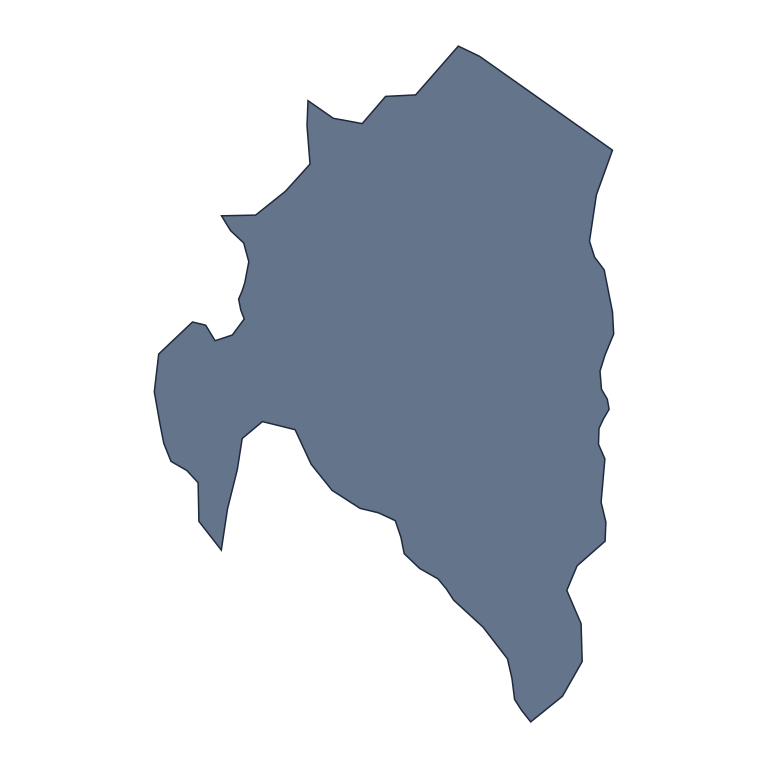 the border of Amuria
{"feature_id": "UGA-3124", "entity_name": "Amuria", "entity_type": "District", "adm_level": 1, "iso_a3": "UGA", "parent_name": "Uganda", "parent_adm1": "", "projection": "robinson", "projection_center": [33.651, 2.061], "detail": "fine", "context": "isolated", "style": "filled", "palette": "slate", "viewbox_px": 768, "rotation_deg": 0, "n_neighbors": 0, "source": "natural_earth", "source_scale": "10m", "svg_char_len": 1088}
<svg xmlns="http://www.w3.org/2000/svg" viewBox="0 0 768 768"><path d="M221.3,550.1L198.9,521.4L198.1,482.7L186.8,470.5L171.0,461.4L163.8,443.4L159.9,423.6L154.3,391.9L158.7,354.0L192.5,322.0L205.7,325.2L215.1,340.7L232.3,335.0L244.2,319.0L240.8,310.1L238.6,299.1L242.0,291.3L244.7,283.1L248.8,261.8L243.7,243.0L230.6,230.7L221.5,215.8L255.6,215.1L285.5,191.2L310.0,164.1L307.0,125.7L308.0,100.7L333.3,118.3L362.2,123.6L385.6,96.4L415.6,94.9L458.3,46.1L479.5,56.3L612.5,150.2L596.4,194.8L589.5,241.2L594.6,257.2L604.2,269.9L612.5,311.9L613.7,334.0L605.1,354.8L600.0,371.2L601.5,389.3L607.3,399.2L609.1,409.3L603.6,418.6L599.0,428.4L598.5,444.3L604.9,458.9L601.1,502.2L605.9,522.2L605.1,541.2L577.1,565.8L566.8,590.4L581.1,623.7L582.2,661.5L562.5,696.2L530.7,721.9L521.7,710.5L514.6,699.5L512.0,678.7L507.5,658.9L483.0,627.1L453.7,600.2L446.3,588.9L438.0,578.9L419.7,568.5L404.2,553.7L400.9,537.2L395.3,520.7L378.4,512.8L360.1,508.4L332.1,490.4L311.1,464.2L295.1,429.7L262.4,421.6L242.2,438.5L237.3,469.7L227.5,508.9L221.3,550.1Z" fill="#64748b" stroke="#1e293b" stroke-width="1.5"/></svg>